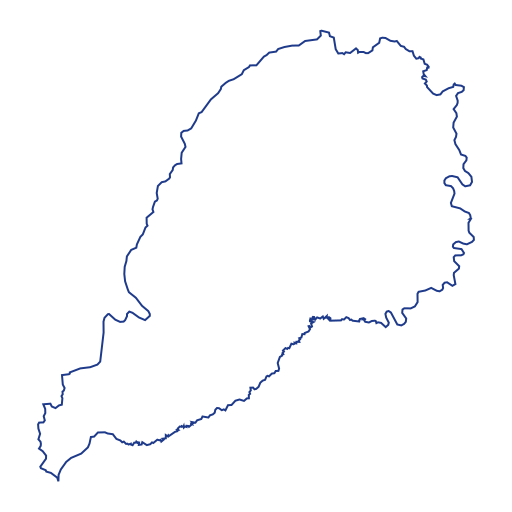 Valencia, Córdoba, Colombia (orthographic projection)
{"feature_id": "7082276B67113151062555", "entity_name": "Valencia", "entity_type": "district", "adm_level": 2, "iso_a3": "COL", "parent_name": "Colombia", "parent_adm1": "Córdoba", "projection": "orthographic", "projection_center": [-76.176, 8.204], "detail": "fine", "context": "isolated", "style": "outline", "palette": "blue", "viewbox_px": 512, "rotation_deg": 0, "n_neighbors": 0, "source": "geoboundaries", "source_scale": "gbopen_adm2", "svg_char_len": 5978}
<svg xmlns="http://www.w3.org/2000/svg" viewBox="0 0 512 512"><path d="M69.8,372.4L69.8,373.6L69.0,374.2L62.0,375.1L62.8,384.6L64.6,388.0L63.8,390.6L62.5,391.6L62.7,394.3L61.5,396.1L62.4,398.2L61.8,404.7L59.0,405.4L55.5,408.1L51.8,406.5L50.4,403.7L43.3,404.3L45.2,408.9L45.3,413.1L43.7,416.2L44.8,420.4L43.4,422.4L39.1,422.6L38.1,424.4L38.4,428.6L40.1,433.8L38.4,439.3L40.5,441.7L40.9,443.8L40.7,445.9L39.0,448.6L42.7,451.2L46.1,455.6L46.0,458.7L40.3,466.7L40.9,468.2L45.7,470.2L46.3,471.6L50.9,472.9L57.2,477.6L58.4,481.3L58.6,474.8L60.8,469.5L66.2,461.9L71.1,457.9L81.2,453.6L87.9,447.4L89.5,443.6L90.9,437.0L94.1,436.6L97.9,432.5L104.9,432.3L107.7,433.5L112.8,434.2L116.4,438.9L120.4,440.5L122.2,442.3L123.8,441.6L126.1,443.9L127.5,443.7L128.5,444.5L130.8,443.7L130.8,444.5L132.6,445.2L134.2,442.7L135.8,442.7L136.3,441.6L137.6,443.0L138.3,442.9L138.0,442.3L139.1,442.5L138.8,444.9L141.6,444.5L142.3,442.2L146.8,445.1L150.3,444.2L152.0,442.4L153.3,443.0L157.3,439.7L159.5,440.3L160.6,439.8L161.3,441.6L163.6,439.7L162.8,438.7L165.8,438.3L165.8,435.1L167.9,436.5L168.4,435.3L169.0,436.0L175.1,431.8L177.3,431.2L177.2,430.3L178.0,430.1L177.3,429.7L178.2,429.3L177.8,428.5L179.8,426.5L181.6,426.8L181.8,426.1L183.4,426.8L183.7,426.1L183.9,427.5L184.9,426.5L186.6,427.0L186.6,425.8L188.4,426.0L189.0,426.8L191.1,425.0L191.1,423.8L192.3,424.3L192.0,423.3L193.0,423.1L192.1,422.1L195.4,422.7L197.1,420.3L201.3,419.0L202.5,416.5L208.4,417.5L210.0,415.3L212.8,414.4L214.7,412.7L215.3,409.8L217.0,408.0L219.0,408.2L221.8,410.2L223.8,409.4L225.4,410.4L228.0,405.2L231.5,405.0L235.4,400.7L239.5,399.5L244.0,400.9L246.9,398.4L248.9,398.3L248.8,394.9L250.1,393.8L249.4,392.1L250.8,390.4L250.4,387.7L253.1,387.6L254.5,389.3L256.2,388.9L258.6,386.8L260.3,382.7L262.7,380.6L265.1,379.8L266.5,376.4L267.7,375.8L269.0,376.4L271.8,373.6L274.4,373.2L275.7,371.0L278.4,370.9L279.1,368.6L277.7,363.0L279.9,356.9L282.1,355.6L282.1,354.4L283.3,354.2L282.7,352.6L283.9,351.6L283.0,350.5L285.5,348.1L287.2,348.9L288.1,347.9L289.3,348.2L291.4,343.7L293.4,344.3L294.6,343.7L294.5,342.7L296.3,343.3L296.4,341.8L299.3,341.9L298.8,340.5L300.1,339.3L299.3,338.2L301.4,337.5L302.3,334.1L304.5,334.2L304.7,333.0L308.5,331.5L310.0,329.2L308.6,326.2L309.2,326.0L310.5,327.4L312.0,326.5L311.1,323.5L313.4,322.1L310.0,321.3L309.9,320.5L310.4,318.7L311.9,319.8L313.2,319.5L312.4,317.7L312.9,316.9L314.1,317.0L315.2,319.6L317.1,317.4L320.2,318.5L322.8,316.5L323.7,318.8L326.7,316.1L326.5,317.6L329.0,317.2L330.4,318.2L330.4,318.8L328.6,319.2L330.0,320.7L341.0,320.4L342.0,319.2L344.0,319.5L346.3,317.2L348.6,318.1L350.0,320.0L351.3,319.6L352.6,320.7L360.0,321.6L358.2,320.5L359.3,320.7L359.9,319.0L362.6,318.4L362.6,319.1L363.8,318.3L365.1,319.2L364.2,320.3L365.2,321.8L368.9,322.5L371.8,321.0L374.9,320.7L375.8,321.1L376.4,323.1L378.0,322.3L381.1,322.9L385.7,327.1L388.2,324.9L388.8,322.7L386.2,317.6L385.4,313.9L386.7,311.6L388.6,311.0L390.9,312.5L397.3,324.5L401.3,325.4L404.1,323.9L405.8,321.8L406.2,318.5L402.2,312.9L402.5,309.5L404.3,308.3L410.7,308.4L414.9,306.4L417.6,302.1L417.5,293.8L418.6,291.8L425.3,290.5L431.2,287.9L436.8,290.8L439.6,291.3L442.3,289.7L443.1,288.0L442.7,284.9L444.6,282.7L447.1,282.3L452.4,285.8L455.4,284.1L453.7,275.1L454.0,272.8L458.9,268.6L459.2,266.2L454.2,261.2L453.7,257.2L455.3,255.4L461.2,255.3L463.4,254.3L464.0,253.0L461.5,249.1L453.9,248.0L452.9,246.7L453.2,244.4L455.9,242.1L458.8,241.5L463.3,243.6L466.9,244.3L472.0,241.9L473.9,239.9L473.7,237.0L469.3,232.7L468.6,230.7L468.5,222.8L470.8,219.0L469.9,218.9L470.8,218.3L470.2,215.1L468.9,213.0L464.8,211.5L460.2,208.4L451.8,206.2L450.9,202.9L454.5,193.6L454.2,191.1L453.1,188.3L451.0,186.1L445.8,185.2L444.4,183.1L444.4,180.5L445.9,178.2L449.4,176.3L452.1,176.0L457.6,177.3L462.4,184.4L465.2,186.3L470.1,185.3L472.0,181.9L471.4,176.8L468.4,173.1L465.0,171.0L463.3,168.1L463.5,164.2L466.4,160.3L466.7,157.6L465.4,155.9L461.0,154.5L459.3,150.1L455.4,144.1L454.4,140.1L456.0,136.9L456.5,133.7L453.2,127.5L453.6,122.6L456.9,116.6L456.4,113.2L453.6,109.1L456.8,105.1L457.6,102.9L457.7,100.7L456.1,95.9L458.0,93.1L461.7,91.9L463.6,90.2L463.9,87.1L461.3,85.7L455.6,85.0L454.7,83.6L453.7,84.5L453.2,86.9L448.7,88.2L442.7,91.4L440.4,94.4L436.6,95.1L433.1,93.6L427.1,87.1L426.9,85.5L424.9,83.5L426.7,81.5L425.8,79.6L422.5,78.5L422.1,77.1L423.4,75.8L425.4,76.2L423.7,74.2L423.2,71.3L426.7,70.1L427.2,67.6L428.5,67.7L428.7,66.8L427.1,64.7L424.7,63.8L423.4,59.4L420.9,58.6L420.7,57.5L419.5,56.9L418.6,58.2L416.3,58.7L413.9,55.7L412.5,51.2L409.5,51.3L405.7,49.0L404.1,46.8L400.8,45.9L396.8,41.0L394.7,41.5L390.4,40.8L385.5,38.0L382.4,37.7L380.1,38.4L379.2,42.8L372.9,47.3L372.4,50.4L368.2,53.1L365.8,53.1L363.6,52.0L359.3,52.0L358.1,52.7L357.8,50.1L356.0,48.4L350.1,53.0L345.7,52.3L344.1,54.2L342.4,53.1L338.3,53.5L335.7,49.2L333.8,37.6L329.9,36.2L329.0,32.6L321.5,30.7L320.3,31.1L320.8,35.6L317.0,39.4L305.1,41.0L298.8,45.5L292.2,45.6L284.5,47.0L278.2,49.0L276.1,51.6L269.2,52.6L266.6,55.1L263.9,56.6L256.4,65.3L250.0,65.4L248.9,67.1L243.8,70.2L241.8,74.2L233.7,79.2L228.9,80.8L225.8,82.8L221.3,86.7L220.8,89.1L218.1,93.2L210.9,99.4L201.6,112.1L198.8,113.3L195.9,120.6L191.2,128.4L187.6,130.5L183.7,130.9L181.3,132.8L181.1,136.6L184.8,143.8L185.5,146.9L181.7,152.7L181.1,159.0L181.5,163.4L177.1,164.0L175.1,165.2L173.1,167.4L172.7,170.0L169.8,174.1L170.0,177.3L169.2,178.6L165.4,181.4L161.7,182.2L157.9,186.0L156.7,193.0L157.7,198.7L156.9,200.5L154.9,201.6L153.0,207.0L152.5,209.3L153.4,212.0L146.6,217.7L146.7,223.7L147.5,225.7L145.5,227.5L142.8,234.4L140.4,236.8L136.9,244.4L136.3,247.7L131.2,249.9L126.9,256.4L126.4,261.0L124.7,266.8L124.3,274.0L125.1,281.3L127.7,289.2L128.9,292.2L135.9,297.8L142.0,305.8L148.3,311.1L149.8,314.0L149.8,315.9L145.1,320.1L139.0,317.5L132.5,312.8L129.3,311.6L127.0,314.0L127.0,316.2L125.1,320.2L123.6,321.6L120.1,321.9L115.3,319.7L109.0,314.0L107.9,314.2L104.5,317.8L103.5,321.6L103.6,332.6L100.2,361.6L97.4,364.6L90.2,367.2L80.3,368.4L69.8,372.4Z" fill="none" stroke="#1e3a8a" stroke-width="2"/></svg>